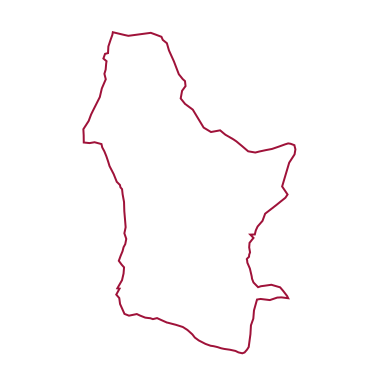 Olamaboro, Kogi, Nigeria (orthographic projection), rotated 267°
{"feature_id": "59680162B45171834970391", "entity_name": "Olamaboro", "entity_type": "district", "adm_level": 2, "iso_a3": "NGA", "parent_name": "Nigeria", "parent_adm1": "Kogi", "projection": "orthographic", "projection_center": [7.511, 7.182], "detail": "fine", "context": "isolated", "style": "outline", "palette": "rose", "viewbox_px": 384, "rotation_deg": 267, "n_neighbors": 0, "source": "geoboundaries", "source_scale": "gbopen_adm2", "svg_char_len": 2273}
<svg xmlns="http://www.w3.org/2000/svg" viewBox="0 0 384 384"><g transform="rotate(267 192 192)"><path d="M335.1,115.4L334.5,112.4L329.9,110.5L327.1,113.5L324.7,113.0L318.8,112.2L314.6,110.7L309.1,111.8L300.2,107.4L291.6,104.9L278.3,97.3L274.7,95.3L268.3,92.5L260.4,86.8L254.3,86.8L247.1,86.5L246.2,92.3L246.8,97.3L244.6,104.1L241.2,104.7L237.2,106.6L232.3,108.3L227.0,109.8L222.2,111.0L214.0,114.7L206.1,117.4L202.8,120.4L200.4,120.8L198.5,122.3L193.3,122.6L185.6,123.6L176.4,123.4L167.0,123.7L160.3,123.9L154.3,122.3L148.6,123.9L143.4,122.6L140.5,120.8L136.4,119.5L132.0,117.4L127.1,115.3L123.2,117.9L120.3,120.2L114.2,119.4L107.6,117.5L99.7,112.4L99.3,114.6L93.5,111.0L89.9,113.8L83.9,114.3L73.8,118.2L71.8,122.6L73.0,130.5L71.3,133.7L69.0,138.7L68.3,142.6L68.2,143.6L67.1,146.3L67.9,150.5L65.5,155.1L62.9,160.2L62.8,160.8L60.2,169.0L57.7,175.7L54.4,180.3L49.8,184.9L46.5,187.2L43.4,191.0L39.6,197.5L37.5,202.5L36.9,205.5L35.8,209.3L34.4,213.0L33.6,216.0L32.5,221.6L31.0,227.1L29.4,230.0L28.3,233.8L29.0,236.1L31.7,238.7L34.2,240.5L46.9,242.9L55.8,243.9L62.3,246.6L70.5,247.7L81.2,251.3L81.6,254.9L80.0,264.1L82.1,271.6L82.1,275.8L80.9,282.5L83.2,281.5L88.7,277.7L92.2,275.0L93.0,272.7L95.2,266.4L94.9,263.0L94.6,259.7L94.3,255.9L93.5,253.0L98.4,248.7L99.8,248.2L102.3,247.4L104.6,247.2L106.3,246.9L112.5,245.8L117.4,244.0L118.4,243.6L120.0,243.5L120.7,243.5L122.1,243.2L122.7,243.7L123.6,244.7L123.9,245.2L124.4,245.5L124.6,245.6L126.3,245.8L128.7,246.8L133.7,246.2L138.2,246.8L140.1,248.5L140.5,248.8L142.9,251.0L146.4,248.0L146.3,252.5L150.3,253.7L154.1,255.7L159.5,260.9L166.5,263.9L167.2,264.9L174.9,276.0L178.1,280.4L181.4,285.0L184.5,287.3L192.8,282.3L216.2,290.6L224.2,296.4L229.2,297.5L232.2,296.9L233.4,296.7L235.0,293.0L235.5,290.6L234.7,287.4L232.9,281.5L230.8,274.1L230.0,268.2L228.9,261.3L228.1,257.3L229.7,250.2L235.5,244.1L237.6,241.8L240.2,239.0L242.4,236.1L247.4,228.4L249.5,226.1L251.3,224.2L252.1,223.3L250.9,214.1L255.7,207.0L274.2,197.1L280.3,189.7L286.0,185.6L293.6,187.4L298.1,191.1L303.1,190.8L305.3,188.6L310.3,185.0L323.3,180.8L334.6,176.4L341.9,174.7L345.4,170.8L348.6,169.6L351.1,163.9L353.1,159.2L351.3,136.6L352.3,132.9L355.7,121.3L353.1,120.7L348.6,118.8L341.7,116.1L335.1,115.4Z" fill="none" stroke="#9f1239" stroke-width="2"/></g></svg>